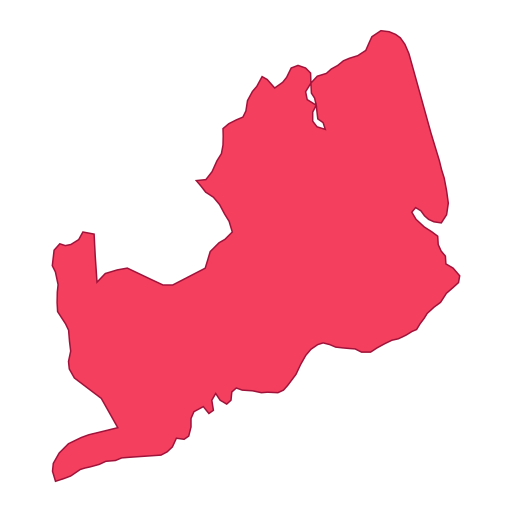 Cedral, Maranhão, Brazil
{"feature_id": "56859067B34122306289677", "entity_name": "Cedral", "entity_type": "district", "adm_level": 2, "iso_a3": "BRA", "parent_name": "Brazil", "parent_adm1": "Maranhão", "projection": "equal_earth", "projection_center": [-44.6, -1.977], "detail": "fine", "context": "isolated", "style": "filled", "palette": "rose", "viewbox_px": 512, "rotation_deg": 0, "n_neighbors": 0, "source": "geoboundaries", "source_scale": "gbopen_adm2", "svg_char_len": 2427}
<svg xmlns="http://www.w3.org/2000/svg" viewBox="0 0 512 512"><path d="M296.0,374.3L300.5,364.7L305.8,355.3L310.9,349.3L317.7,344.6L323.1,342.9L329.8,344.6L335.7,347.1L342.9,347.9L349.5,348.5L355.1,348.9L361.5,352.1L370.6,352.1L377.2,347.8L384.9,343.6L392.0,340.2L398.3,338.8L405.9,335.2L412.1,331.4L416.6,329.5L420.1,323.7L424.1,318.4L427.2,313.4L434.2,307.0L440.6,302.3L446.4,293.3L453.1,287.5L458.5,282.6L459.7,275.8L453.1,268.1L445.9,263.9L445.4,256.1L441.1,251.0L438.2,244.5L437.7,236.2L432.1,232.0L424.3,227.0L416.0,219.3L411.8,212.2L415.6,207.6L420.9,210.8L424.5,215.8L428.6,219.4L433.9,221.8L441.3,222.9L446.6,214.7L448.3,203.2L446.6,190.8L444.2,178.1L441.6,169.8L439.3,160.5L436.8,152.3L431.0,133.2L416.3,80.2L408.9,53.6L404.9,44.3L400.3,37.8L395.6,34.4L389.1,31.7L380.9,30.7L371.9,36.7L369.2,42.6L365.8,50.4L357.7,55.7L349.3,58.3L343.4,60.8L337.8,65.4L331.3,69.0L326.4,73.4L317.3,76.2L310.9,83.1L310.6,73.1L305.6,68.0L298.0,65.4L291.2,68.0L286.6,77.4L282.7,82.3L274.7,88.0L267.2,79.5L262.1,76.6L256.8,86.4L252.5,91.4L247.5,100.6L245.9,111.0L242.9,117.1L236.3,119.9L228.8,123.7L223.0,128.6L223.2,136.1L223.0,145.1L221.4,153.7L216.9,160.9L212.1,171.6L205.9,179.6L196.3,180.6L200.9,186.0L205.7,192.2L213.4,197.2L219.6,204.6L224.6,214.0L229.1,221.3L232.3,232.0L224.9,239.4L219.1,242.7L210.2,251.6L207.7,260.0L205.2,268.2L172.7,285.0L163.0,285.0L150.8,279.3L127.3,268.1L117.3,269.9L105.3,273.5L97.0,282.2L95.2,255.7L94.1,234.1L82.9,232.0L78.7,239.6L70.9,244.5L65.3,245.6L59.8,243.8L54.1,250.2L52.3,265.7L55.4,271.9L58.1,284.7L57.3,292.1L57.1,302.6L57.6,311.6L65.6,323.9L68.6,330.2L69.5,341.3L70.7,351.1L68.5,361.5L69.3,369.0L74.4,378.0L101.3,398.4L117.8,427.7L89.0,434.7L81.3,437.5L68.5,443.7L59.2,453.0L53.3,463.4L52.5,471.2L55.5,481.3L64.6,478.3L70.7,476.0L75.4,472.8L80.2,469.5L85.0,468.0L90.1,466.9L99.2,464.4L105.9,461.3L115.4,460.5L121.7,457.9L130.5,457.2L161.0,455.1L167.1,451.9L172.4,446.9L176.4,438.2L184.1,439.3L188.7,436.1L191.0,427.0L191.0,418.5L193.9,411.7L203.3,406.6L208.9,413.5L213.4,410.3L211.8,400.2L215.7,393.5L220.1,400.2L226.7,404.1L231.0,400.2L231.8,392.0L236.3,388.0L242.2,390.1L252.6,390.8L261.4,392.7L267.5,392.2L277.9,392.7L283.5,390.1L287.6,385.5L296.0,374.3ZM316.2,105.2L317.8,118.9L323.1,122.6L325.3,129.4L317.0,126.8L312.7,121.2L312.7,112.1L316.2,105.2ZM310.9,83.1L311.4,93.1L314.6,98.1L316.2,105.2L307.2,99.6L305.6,91.7L310.9,83.1Z" fill="#f43f5e" stroke="#9f1239" stroke-width="1.5"/></svg>